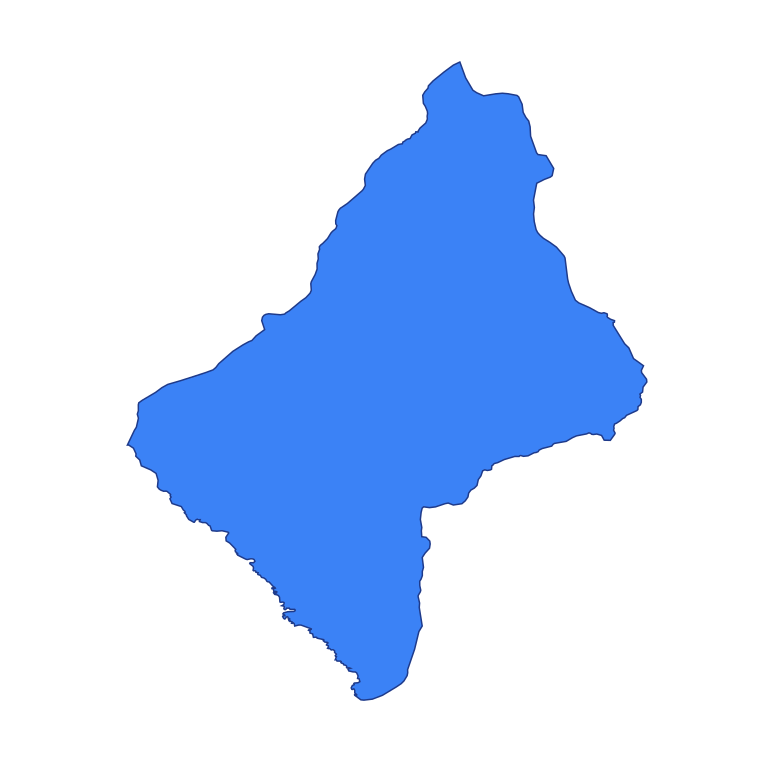 outline of Khua, Phôngsali, Laos, rotated 84°
{"feature_id": "54806243B94701864875759", "entity_name": "Khua", "entity_type": "district", "adm_level": 2, "iso_a3": "LAO", "parent_name": "Laos", "parent_adm1": "Phôngsali", "projection": "equal_earth", "projection_center": [102.473, 21.051], "detail": "fine", "context": "isolated", "style": "filled", "palette": "blue", "viewbox_px": 768, "rotation_deg": 84, "n_neighbors": 0, "source": "geoboundaries", "source_scale": "gbopen_adm2", "svg_char_len": 6161}
<svg xmlns="http://www.w3.org/2000/svg" viewBox="0 0 768 768"><g transform="rotate(84 384 384)"><path d="M71.7,274.9L74.1,281.7L79.8,291.4L87.6,303.4L92.0,308.6L94.5,309.4L97.7,312.9L100.9,315.3L109.0,315.5L112.2,313.9L117.2,312.4L119.7,312.4L122.1,313.1L125.1,313.2L128.8,315.2L133.3,321.5L135.9,323.5L136.9,323.8L136.5,326.0L137.9,326.6L139.2,330.1L142.6,332.4L142.9,335.1L143.9,337.3L144.6,338.0L145.3,339.9L147.0,340.6L147.3,344.7L151.2,353.0L152.3,356.3L156.1,362.8L159.0,365.5L160.6,369.0L163.3,372.1L173.3,380.5L178.2,381.9L184.6,381.8L188.2,384.2L189.6,385.7L200.7,401.6L204.6,409.0L206.0,410.5L207.8,411.8L216.4,415.0L219.7,415.2L221.6,414.3L223.8,415.3L224.6,415.9L226.7,419.2L228.2,420.9L233.5,425.0L237.7,430.1L239.3,432.6L240.8,434.0L243.4,434.0L247.7,436.1L252.8,436.3L257.0,438.0L262.7,438.5L267.9,441.0L274.7,445.6L276.6,446.3L283.2,446.5L285.9,448.0L290.0,452.7L293.1,458.2L301.3,470.5L303.1,474.3L304.1,475.5L304.3,479.8L302.1,491.3L302.4,494.3L303.2,496.2L304.9,497.9L308.2,499.0L317.4,497.0L322.6,506.0L326.9,510.8L327.9,514.3L330.4,520.3L335.7,530.9L346.5,546.2L350.0,549.5L352.1,552.6L354.2,561.0L359.4,585.8L361.8,599.1L364.4,605.2L368.5,612.1L374.8,625.9L377.0,629.8L378.9,630.5L385.0,631.1L388.2,632.5L392.3,631.8L401.1,634.8L404.0,637.1L417.9,645.6L418.0,644.3L421.6,639.9L427.5,637.9L429.9,638.4L434.0,634.9L440.0,633.9L445.0,625.0L449.1,620.0L456.2,618.7L462.6,620.1L465.1,618.5L466.4,616.8L467.6,614.4L467.8,611.8L468.2,610.9L471.5,607.8L472.8,608.3L474.2,607.6L475.8,608.9L480.7,607.3L484.7,598.4L488.2,596.8L489.7,595.4L490.7,595.1L491.2,596.0L493.5,594.1L494.3,594.3L498.3,592.3L501.5,587.8L501.6,587.0L499.9,585.7L499.2,584.7L499.0,583.7L499.6,582.9L499.7,581.0L501.5,581.9L502.9,578.8L503.2,576.0L504.1,574.7L506.2,573.2L507.0,571.8L511.4,570.8L512.0,570.2L512.9,565.6L513.0,560.4L515.1,554.5L515.9,554.0L519.9,557.3L523.5,557.4L526.0,554.1L532.9,548.7L533.7,549.4L535.3,549.3L536.0,548.4L536.7,548.4L537.1,547.3L537.7,547.3L538.0,547.9L539.0,547.3L543.7,539.9L544.3,538.4L543.9,534.6L544.3,532.7L545.0,531.5L546.8,530.9L548.1,532.4L547.7,535.8L548.7,536.3L551.6,533.3L553.2,533.0L555.6,533.7L556.1,533.3L556.2,532.0L556.8,531.1L557.8,531.1L558.5,528.9L559.6,529.5L560.3,529.3L561.3,527.0L563.5,526.0L564.3,523.8L565.9,522.0L567.8,521.2L568.4,520.6L568.9,518.9L573.7,515.4L575.0,513.8L575.7,513.4L575.9,513.9L575.0,515.9L575.2,516.8L575.8,516.9L576.4,515.4L578.9,515.3L578.9,513.3L579.5,512.3L580.4,512.6L580.8,513.3L580.0,514.3L579.8,515.2L580.1,515.7L581.8,514.7L582.7,512.0L583.6,511.0L585.1,510.2L589.9,510.3L590.3,509.5L590.3,507.5L590.8,506.4L591.3,506.1L592.9,506.8L593.8,508.9L594.4,506.9L595.2,506.4L597.0,507.1L597.8,506.7L598.1,505.8L597.4,504.6L596.8,504.4L597.0,501.7L598.3,501.0L598.8,496.4L599.6,495.9L600.4,496.4L600.8,497.5L600.4,503.4L601.1,507.7L602.1,508.6L603.4,506.9L604.0,506.8L604.0,508.6L604.6,509.1L606.4,508.4L607.3,507.6L607.2,506.8L605.6,505.5L605.3,504.5L605.8,503.9L607.7,503.6L607.4,502.7L607.7,502.4L608.7,503.4L609.4,503.3L609.4,502.2L610.3,502.4L610.8,500.4L611.3,500.2L612.3,500.9L612.5,500.2L612.1,499.1L613.2,498.3L615.4,498.1L614.8,494.0L615.1,491.7L619.9,481.9L620.4,482.0L620.7,484.7L621.1,484.9L621.7,483.4L623.9,483.7L625.1,481.1L628.6,480.7L628.7,478.1L629.0,477.4L629.8,477.1L631.9,470.8L632.4,470.5L633.0,471.2L634.5,469.8L635.0,467.4L635.5,466.8L636.0,467.0L636.8,468.3L637.6,468.5L638.5,466.7L640.0,466.9L640.9,467.8L641.3,467.1L641.4,465.7L643.0,464.3L642.9,462.5L643.5,461.7L644.3,461.0L645.8,461.2L647.7,459.6L649.1,460.9L649.9,460.6L650.2,459.8L653.2,461.4L653.3,460.4L654.6,459.7L655.1,456.1L655.6,455.6L656.5,456.0L657.0,455.6L658.0,453.6L659.1,453.4L659.8,451.4L660.8,450.6L662.0,450.9L662.5,450.5L662.6,448.3L663.2,447.1L663.5,449.2L663.9,449.6L665.7,449.0L667.1,444.9L667.4,442.6L668.4,441.4L671.6,440.3L674.1,441.1L674.6,439.6L677.5,439.1L678.4,441.2L678.3,444.7L678.7,445.3L679.9,445.1L680.5,447.0L682.8,448.4L684.3,447.9L684.5,447.4L684.0,445.9L684.5,445.5L685.9,445.1L688.2,445.4L690.1,443.6L690.5,443.7L690.0,445.7L690.5,445.7L695.7,440.0L696.3,437.0L696.2,428.5L693.4,418.0L686.6,403.5L683.8,398.2L681.4,395.2L676.5,391.5L673.7,390.6L670.6,390.4L651.0,381.3L633.9,375.2L628.7,371.3L609.9,372.3L605.6,371.5L599.0,372.3L597.9,372.1L594.5,369.6L592.9,369.0L588.4,369.5L583.9,369.1L581.9,367.5L578.6,365.9L574.5,365.5L570.5,363.9L560.5,364.1L556.5,360.8L552.1,355.9L547.9,354.8L545.0,354.9L540.9,358.1L539.8,362.4L533.8,362.2L530.7,361.4L522.5,362.0L515.6,360.5L511.4,359.0L510.3,357.4L511.7,351.7L511.6,345.6L509.4,335.8L509.1,332.6L511.6,327.7L511.2,319.0L508.7,315.4L505.1,312.3L501.3,311.2L498.6,308.7L497.0,305.1L494.6,302.1L488.9,300.2L485.5,297.2L480.7,295.0L479.9,292.8L480.8,290.3L480.6,287.3L480.1,286.0L476.6,285.3L476.1,284.2L475.3,283.6L474.6,282.5L474.1,279.2L471.7,272.3L469.7,261.5L470.2,257.3L469.6,256.6L469.4,255.5L470.5,252.9L470.5,248.3L468.1,242.0L468.0,239.8L467.4,237.8L465.9,236.6L464.7,233.3L463.3,223.7L461.6,222.1L460.9,220.7L460.1,208.8L457.0,202.0L455.7,197.9L454.8,187.7L454.0,185.3L454.7,183.7L455.7,182.7L456.1,181.1L456.0,177.6L457.9,173.0L462.9,170.9L463.7,164.8L458.1,159.8L457.0,159.3L453.9,160.5L452.0,159.8L450.5,160.0L447.9,158.9L447.3,156.9L445.3,153.0L443.3,150.2L442.7,148.2L440.5,146.1L436.9,135.4L436.0,134.2L433.0,133.7L431.5,131.2L429.1,130.0L426.1,129.7L424.1,130.8L422.2,130.1L420.8,130.6L419.0,127.7L414.2,126.7L409.5,122.4L406.7,122.4L399.6,126.6L397.3,126.6L393.0,124.0L384.8,133.2L373.7,136.7L369.1,140.5L349.7,149.9L346.8,149.7L346.6,148.4L345.1,148.1L343.3,151.9L341.2,154.6L340.2,155.1L338.8,154.6L337.5,154.8L336.1,157.8L336.4,160.4L335.3,163.4L329.7,171.4L323.7,181.8L320.7,184.9L311.4,188.0L303.0,189.9L298.7,190.4L277.6,190.8L275.4,191.6L265.9,198.2L260.5,204.2L255.8,210.2L252.3,213.4L249.4,215.4L246.3,216.6L238.2,217.6L230.5,217.5L224.2,216.0L216.7,216.1L200.3,211.1L197.3,203.2L195.6,196.9L194.4,195.0L187.4,192.7L173.9,198.9L171.9,206.9L170.0,208.1L152.9,212.3L143.5,211.8L137.6,212.6L133.8,215.0L128.4,217.2L120.2,217.4L112.4,220.1L110.9,221.6L108.3,230.3L107.2,235.9L107.1,242.7L107.8,254.8L104.0,261.4L101.1,264.9L88.1,270.8L71.7,274.9Z" fill="#3b82f6" stroke="#1e3a8a" stroke-width="1.5"/></g></svg>